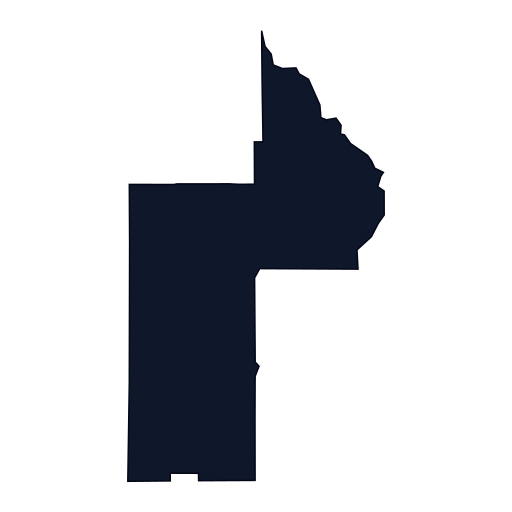 Lake, Florida, United States of America
{"feature_id": "52423323B41510935650721", "entity_name": "Lake", "entity_type": "district", "adm_level": 2, "iso_a3": "USA", "parent_name": "United States of America", "parent_adm1": "Florida", "projection": "mercator", "projection_center": [-81.605, 28.811], "detail": "fine", "context": "isolated", "style": "filled", "palette": "ink", "viewbox_px": 512, "rotation_deg": 0, "n_neighbors": 0, "source": "geoboundaries", "source_scale": "gbopen_adm2", "svg_char_len": 807}
<svg xmlns="http://www.w3.org/2000/svg" viewBox="0 0 512 512"><path d="M378.2,223.5L384.2,215.0L384.1,191.0L377.7,186.6L380.8,176.3L383.4,172.4L374.8,168.2L371.5,161.0L367.5,155.3L350.5,143.5L344.4,134.8L340.5,134.0L341.1,125.3L336.0,118.1L326.5,119.8L320.9,117.6L319.9,105.0L308.5,79.3L299.1,73.8L296.0,67.9L282.3,68.5L273.2,64.9L271.2,54.1L265.0,46.3L261.6,30.7L262.1,83.1L263.0,141.9L254.3,141.9L254.5,184.2L238.7,184.3L228.9,183.8L210.9,183.9L176.8,183.9L174.0,184.5L129.3,184.4L129.6,244.2L129.3,372.3L129.3,381.7L127.8,481.3L170.3,480.9L170.2,473.2L198.5,473.3L198.6,480.7L255.1,480.4L255.0,419.1L255.1,384.4L255.1,381.0L255.2,376.2L259.0,366.2L255.2,362.0L254.7,290.7L254.6,277.8L259.7,268.6L358.0,269.1L357.0,249.9L371.4,236.7L378.2,223.5Z" fill="#0f172a" stroke="#020617" stroke-width="1.5"/></svg>